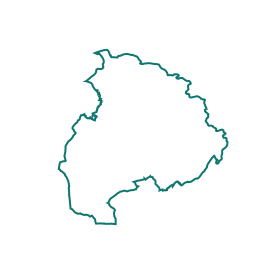 Yahualica, Hidalgo, Mexico (Robinson projection), rotated 245°
{"feature_id": "50627088B30826569642234", "entity_name": "Yahualica", "entity_type": "district", "adm_level": 2, "iso_a3": "MEX", "parent_name": "Mexico", "parent_adm1": "Hidalgo", "projection": "robinson", "projection_center": [-98.388, 20.92], "detail": "fine", "context": "isolated", "style": "outline", "palette": "teal", "viewbox_px": 256, "rotation_deg": 245, "n_neighbors": 0, "source": "geoboundaries", "source_scale": "gbopen_adm2", "svg_char_len": 5758}
<svg xmlns="http://www.w3.org/2000/svg" viewBox="0 0 256 256"><g transform="rotate(245 128 128)"><path d="M54.9,58.6L52.9,63.3L51.7,65.2L51.6,66.0L50.7,67.0L48.1,72.8L46.1,76.2L50.9,78.4L53.9,78.3L55.4,78.9L56.2,79.1L57.5,79.8L58.7,81.2L59.4,81.5L60.3,81.3L61.9,80.5L63.2,79.5L64.6,78.9L65.4,78.7L66.1,78.7L66.4,78.5L66.9,78.8L67.4,78.7L68.2,78.5L68.6,78.1L68.6,78.4L71.3,82.0L72.5,88.4L73.2,90.8L73.4,93.4L73.6,94.1L73.0,96.3L73.0,97.1L72.8,98.0L72.5,98.7L71.0,100.2L70.8,102.3L70.6,103.3L69.9,105.7L69.4,106.8L69.4,108.7L69.0,109.2L70.3,110.9L70.6,111.5L70.7,112.3L70.8,112.6L72.0,111.4L72.7,111.1L75.1,111.2L75.7,111.1L76.3,110.8L76.7,110.5L76.1,114.6L75.2,117.8L74.7,120.9L74.7,121.4L75.2,121.6L73.8,122.1L74.4,124.0L74.7,127.4L74.9,127.9L74.2,127.9L73.4,129.1L72.8,129.6L71.3,129.4L69.5,130.3L68.7,130.5L68.1,130.4L65.8,129.3L64.8,129.5L63.9,130.0L60.6,131.0L58.5,130.7L58.1,130.3L57.7,133.3L56.5,133.1L56.2,134.7L55.6,135.6L55.2,137.1L55.9,137.6L56.1,137.6L56.3,137.4L56.8,138.4L56.6,140.1L57.1,140.4L57.6,142.4L57.7,144.3L56.2,143.8L56.5,144.4L57.2,145.2L57.3,145.8L57.7,146.2L58.3,147.3L58.7,148.5L58.8,149.8L58.7,150.0L58.4,150.1L58.4,150.5L56.6,151.4L56.4,151.5L56.5,150.8L54.4,151.5L53.5,152.0L53.7,153.0L53.4,153.4L53.8,154.1L54.3,156.4L54.1,159.4L53.4,159.6L53.2,161.0L52.7,161.8L52.8,163.4L53.5,167.2L53.5,167.8L53.3,168.8L52.7,169.8L53.5,172.2L56.3,177.1L56.5,178.7L56.9,179.5L57.6,179.9L57.8,180.7L59.1,183.0L60.1,183.6L61.6,185.1L65.6,191.9L66.4,194.4L66.2,194.5L65.3,194.1L64.5,194.6L63.2,194.4L61.3,195.5L60.9,195.5L60.7,195.4L60.7,195.1L61.2,194.8L61.1,194.5L60.0,193.8L59.6,193.3L59.0,193.1L58.1,193.5L58.0,193.8L58.1,194.4L57.9,194.6L58.4,195.6L59.2,196.4L59.5,197.1L60.0,199.0L60.0,199.5L60.9,200.2L61.9,200.3L63.5,201.1L64.6,202.3L65.6,202.9L67.4,203.6L68.4,204.6L68.9,207.5L69.3,208.6L70.4,210.5L71.5,211.3L73.6,212.3L74.1,211.9L74.6,211.8L75.5,212.1L76.5,212.8L77.1,212.8L77.9,212.3L78.7,210.6L79.5,210.5L80.9,210.8L81.2,211.8L81.2,212.7L81.6,213.8L82.0,214.1L83.0,213.3L83.5,212.9L84.0,212.9L84.5,213.3L85.5,213.4L86.5,213.0L87.0,211.9L87.3,208.5L87.8,206.9L88.5,206.7L88.7,207.0L89.6,207.5L90.6,207.4L92.7,205.7L93.9,205.6L95.4,203.8L95.6,202.9L95.8,202.3L96.7,201.8L98.1,202.1L100.1,201.5L101.5,201.4L101.8,201.6L102.3,202.5L103.3,203.1L103.7,203.8L103.7,204.9L104.7,205.7L105.6,205.9L106.2,206.5L106.7,206.6L108.4,205.8L109.2,205.6L109.8,205.1L110.5,204.9L112.0,205.5L112.1,207.3L118.4,207.6L118.6,207.8L119.9,208.5L120.7,209.6L121.5,209.4L122.3,207.9L123.4,206.7L124.4,206.4L125.9,205.7L126.6,205.2L127.6,204.0L128.9,198.3L129.6,197.1L130.3,196.9L131.0,197.0L132.5,197.7L133.6,197.0L133.6,196.4L134.2,195.6L135.0,195.2L136.0,195.7L136.5,196.6L137.1,198.4L137.5,199.1L140.3,199.9L141.1,200.4L141.6,201.9L141.5,203.2L141.8,203.7L142.5,203.8L143.7,203.7L144.7,203.3L145.5,201.6L146.9,200.3L150.4,198.4L151.2,196.6L151.4,194.2L152.6,193.1L153.4,193.2L153.6,194.2L153.5,194.9L153.6,195.6L154.2,196.2L154.5,196.2L155.0,196.0L155.7,195.4L156.5,194.1L156.6,193.4L156.9,193.1L157.1,192.3L156.7,191.3L156.7,190.8L156.9,190.3L157.6,189.6L159.1,186.4L159.5,186.3L159.8,186.6L161.3,186.8L163.3,186.6L165.3,185.8L166.8,184.4L168.4,183.4L169.4,183.1L170.4,183.0L171.0,183.1L172.4,182.8L173.6,181.3L174.8,179.1L177.9,174.5L178.8,171.7L179.4,170.5L179.7,168.4L180.7,166.7L181.1,166.4L181.5,166.4L182.3,167.9L183.9,167.5L185.0,167.0L185.8,166.9L187.8,166.7L189.5,165.9L190.2,165.0L190.8,164.5L192.5,162.8L192.5,162.3L195.2,159.0L195.7,158.0L196.2,156.7L196.7,154.2L196.6,152.4L196.8,151.2L197.4,149.8L196.4,148.2L199.3,142.8L201.1,143.0L201.2,142.5L205.5,142.8L207.4,142.3L208.1,141.1L208.8,138.7L209.6,133.6L209.9,129.7L207.7,131.7L207.8,133.3L204.1,134.4L200.6,134.7L198.7,134.3L197.2,133.3L196.6,132.1L195.9,131.9L195.1,131.9L194.6,131.5L193.5,131.4L192.7,130.2L192.8,128.6L194.4,125.6L194.2,124.1L193.0,123.1L192.5,122.9L191.8,122.3L191.1,121.1L190.5,119.5L190.0,116.6L189.5,115.2L188.6,111.6L188.2,110.3L188.2,109.6L187.5,110.6L184.5,113.5L183.8,113.8L182.1,114.1L180.5,113.7L178.7,114.1L177.4,114.1L176.1,114.8L175.0,115.0L175.2,116.1L174.9,116.4L174.1,115.3L173.1,115.7L171.2,115.3L171.6,116.6L170.9,116.4L169.0,116.3L168.5,115.7L168.6,115.2L167.4,115.3L167.0,115.2L166.9,115.0L166.5,114.8L166.4,115.2L166.0,115.7L165.8,115.4L165.4,115.4L165.9,114.4L165.4,113.6L164.6,115.2L163.9,115.5L164.0,115.0L162.9,114.6L162.4,114.6L162.2,114.3L162.3,114.0L161.5,113.7L161.8,113.4L160.7,112.8L160.5,111.7L159.9,110.8L160.2,110.8L160.0,110.3L160.1,110.1L159.5,109.7L159.5,109.1L157.4,107.7L157.6,107.5L155.8,106.1L156.1,102.1L154.7,102.2L154.4,101.2L154.1,101.2L154.3,102.4L153.6,102.4L153.0,102.9L153.2,103.6L152.6,104.0L152.2,103.7L151.6,104.4L151.2,104.1L151.0,103.1L151.2,102.8L148.9,101.2L150.0,100.1L151.7,98.8L152.1,99.7L153.3,99.1L153.7,98.4L153.7,98.0L153.0,97.1L153.5,96.4L153.8,95.6L154.9,94.7L155.6,94.6L156.4,94.1L156.9,94.4L157.1,94.7L157.9,93.8L159.0,94.3L159.1,92.4L158.9,92.0L159.4,90.8L158.4,89.6L156.1,87.6L156.0,86.5L156.1,86.0L155.9,85.5L154.6,84.5L154.3,82.7L153.5,80.7L152.1,78.1L151.1,77.5L150.6,77.5L148.9,78.1L147.5,77.8L146.0,78.5L145.5,78.4L145.1,77.9L144.3,75.4L143.0,73.9L141.6,70.8L141.1,68.4L138.5,64.4L137.3,63.3L135.8,62.8L134.8,62.1L132.8,61.1L129.6,58.6L124.7,57.7L124.4,57.3L125.2,55.2L125.4,53.7L125.5,51.9L123.9,50.5L120.0,47.9L119.6,48.5L118.8,48.7L118.1,48.7L117.4,49.0L116.8,49.7L115.0,50.3L114.8,50.5L114.0,50.9L112.6,51.3L111.9,51.0L110.6,51.2L110.2,51.4L108.9,51.5L104.6,51.4L99.7,49.9L99.0,49.1L93.4,47.0L92.6,46.4L91.3,46.0L91.1,46.1L79.3,41.9L77.7,43.2L74.3,44.1L72.6,45.2L72.2,45.9L71.4,46.4L71.0,47.6L70.9,48.3L70.7,48.8L70.2,48.9L67.6,51.6L67.2,53.3L66.6,54.1L66.2,54.4L65.8,55.1L64.0,56.0L63.7,56.5L63.9,58.2L59.1,59.5L56.6,58.8L54.9,58.6Z" fill="none" stroke="#0f766e" stroke-width="2"/></g></svg>